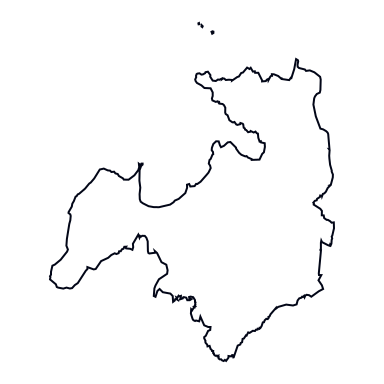 Musoma, Mara, United Republic of Tanzania (Equal Earth projection)
{"feature_id": "72390352B7456768278221", "entity_name": "Musoma", "entity_type": "district", "adm_level": 2, "iso_a3": "TZA", "parent_name": "United Republic of Tanzania", "parent_adm1": "Mara", "projection": "equal_earth", "projection_center": [33.547, -1.825], "detail": "fine", "context": "isolated", "style": "outline", "palette": "ink", "viewbox_px": 384, "rotation_deg": 0, "n_neighbors": 0, "source": "geoboundaries", "source_scale": "gbopen_adm2", "svg_char_len": 5990}
<svg xmlns="http://www.w3.org/2000/svg" viewBox="0 0 384 384"><path d="M334.0,228.3L333.8,222.4L331.6,222.7L330.1,221.2L327.9,219.9L326.7,219.9L324.2,218.1L323.7,215.4L321.8,215.3L321.9,210.9L320.3,208.8L313.7,204.6L313.9,203.5L313.3,202.7L314.9,200.8L316.7,200.3L317.1,198.8L319.9,197.0L320.2,195.5L321.9,195.8L322.0,196.3L322.9,193.9L324.3,193.4L325.9,191.7L327.7,188.0L330.2,185.5L329.8,185.3L330.8,184.9L332.8,177.4L332.9,174.5L331.7,171.6L331.8,170.8L330.1,164.8L329.4,158.6L329.2,155.7L329.6,150.1L329.2,149.5L329.5,149.6L328.2,134.1L327.6,132.6L326.2,131.2L323.2,129.4L320.4,128.6L315.8,116.3L313.4,104.6L314.2,98.3L315.0,96.4L316.8,94.0L319.8,92.6L320.4,90.0L320.7,79.5L320.1,76.8L314.4,72.3L309.8,70.4L306.0,70.9L304.9,69.5L299.0,68.0L297.7,66.8L297.5,65.0L298.2,61.3L297.9,60.2L296.1,59.1L294.2,69.2L291.4,78.0L290.9,77.7L289.2,80.1L281.6,79.0L281.6,78.3L280.6,78.1L278.2,76.0L273.9,74.3L271.9,74.2L272.0,75.7L271.4,75.6L270.3,76.7L268.4,80.3L268.2,79.0L266.8,79.7L265.8,81.1L262.1,81.4L262.2,80.6L258.3,72.8L255.1,72.8L254.8,71.3L252.9,71.6L250.7,67.8L249.5,69.0L247.1,67.6L243.0,72.5L241.2,73.0L238.9,76.5L237.3,77.0L232.2,80.5L232.3,80.0L229.0,79.7L225.8,80.0L224.3,78.6L223.0,78.5L221.9,79.3L222.0,78.5L219.2,79.8L218.0,79.5L215.8,81.0L212.7,80.6L210.2,76.7L210.4,75.1L207.9,71.7L205.5,72.2L205.1,73.2L202.9,74.4L201.4,74.6L199.5,73.3L197.4,73.6L196.6,74.1L196.0,75.9L196.2,77.2L195.2,79.4L195.6,81.0L196.9,82.9L201.5,85.4L204.4,88.0L210.6,88.3L212.7,92.4L212.7,96.0L211.9,98.5L212.4,100.4L215.8,101.9L217.7,101.3L218.6,102.7L219.2,102.3L219.4,103.6L222.6,104.0L224.0,105.2L225.3,107.7L225.2,112.6L225.7,114.0L227.6,115.3L229.4,120.2L232.4,122.3L233.4,122.4L234.1,121.9L234.0,121.3L236.2,124.4L237.3,124.9L240.1,124.2L240.4,123.0L242.6,123.7L243.2,124.3L243.7,127.7L244.8,128.4L245.1,129.6L246.3,130.1L248.1,132.2L250.3,131.7L250.6,131.0L253.7,132.5L255.5,131.6L256.7,133.2L257.9,133.6L258.3,137.8L259.6,141.6L260.8,141.2L261.0,142.4L264.7,143.2L264.9,146.9L263.9,152.3L262.2,153.9L259.5,159.6L251.7,159.9L251.7,159.1L247.9,157.5L246.6,156.1L245.3,156.4L241.4,154.8L239.1,152.8L236.1,148.6L236.0,147.6L230.4,142.0L227.7,142.4L224.0,145.8L221.0,147.2L219.9,145.2L218.7,141.4L216.1,141.3L213.3,144.0L211.9,147.8L211.7,150.2L213.0,152.0L213.2,154.2L212.5,154.6L210.7,158.9L209.5,160.0L208.8,163.6L210.1,165.6L210.7,168.1L208.5,172.6L206.4,175.1L200.6,181.7L197.3,184.0L196.1,183.9L194.6,186.1L190.3,186.5L189.2,184.0L187.0,184.7L187.1,187.8L185.3,193.1L178.7,198.9L174.8,200.6L173.6,202.2L170.1,204.6L159.0,207.2L153.6,207.1L148.6,206.2L142.9,203.3L140.7,201.7L140.3,200.7L139.8,199.2L139.6,194.1L140.3,187.7L139.4,180.7L139.6,170.2L141.1,166.0L142.6,164.6L142.6,163.6L141.4,163.6L140.5,165.1L138.9,163.8L139.2,167.1L138.3,170.1L134.4,175.3L128.6,179.7L123.8,179.6L122.9,178.3L118.9,176.0L117.7,174.0L115.4,173.4L114.1,171.7L111.4,172.0L110.0,170.6L107.8,170.4L103.8,168.6L99.8,169.5L94.2,178.5L90.8,182.5L89.2,183.6L85.1,188.6L79.1,193.8L77.7,194.4L76.6,196.2L75.6,196.6L73.8,201.2L72.3,203.7L71.8,206.6L68.6,212.1L68.5,213.0L70.3,214.4L70.7,215.9L70.3,220.3L69.3,223.9L66.9,238.9L66.4,245.7L67.9,249.5L67.1,251.6L60.7,259.7L54.8,264.6L52.4,265.7L51.0,271.8L51.0,274.7L50.0,276.3L50.4,277.0L50.0,279.4L55.9,284.3L56.8,287.0L58.1,287.6L63.3,288.6L66.5,287.6L69.9,288.5L72.1,288.1L74.8,285.1L77.8,283.1L85.8,270.7L87.4,269.1L87.4,267.1L93.7,269.4L95.7,269.0L101.1,261.1L108.2,257.8L111.3,255.0L114.7,253.3L116.4,254.0L118.6,253.2L119.1,251.3L120.8,251.2L121.9,249.3L123.4,248.8L124.3,246.8L126.0,246.7L125.4,247.5L126.1,248.4L130.2,248.8L132.4,249.8L133.2,247.2L132.9,243.8L138.3,234.6L139.5,237.7L140.1,236.0L140.9,236.7L142.2,235.8L144.8,235.9L146.4,237.8L147.7,241.3L147.9,251.1L148.4,253.0L149.3,253.5L155.4,252.7L154.9,251.1L157.1,253.1L161.5,262.2L166.3,264.7L167.6,270.3L167.1,273.8L158.9,279.3L155.5,285.5L154.4,288.4L153.8,296.0L155.5,296.8L157.4,291.0L159.6,289.0L162.8,292.2L170.4,293.6L172.7,296.0L173.1,301.8L174.7,300.6L175.3,299.1L176.1,298.9L177.4,299.7L176.5,297.4L177.3,297.8L178.6,295.7L179.4,296.4L180.9,295.9L180.8,297.7L180.1,299.3L182.8,298.4L183.1,297.4L183.8,297.1L186.3,297.7L187.3,300.2L189.7,300.2L191.4,299.1L189.3,298.4L189.1,297.0L190.6,296.6L193.2,297.2L195.0,300.1L195.0,302.1L195.5,302.4L195.1,304.2L195.4,304.7L194.9,305.5L195.4,306.3L194.2,306.6L194.7,307.0L194.6,307.5L193.9,307.5L191.4,311.5L191.6,309.6L191.2,309.2L190.9,313.6L192.6,319.0L193.4,320.2L195.1,321.0L196.0,320.5L199.2,321.3L200.4,316.6L204.2,325.3L208.2,327.0L210.5,327.0L210.2,330.0L208.1,330.9L205.8,335.8L204.2,337.1L204.2,338.3L205.5,340.9L205.3,341.9L205.7,343.0L207.2,344.6L207.5,346.4L209.6,345.9L210.6,349.0L211.7,349.9L212.0,351.0L213.2,351.0L213.1,353.0L213.9,353.4L213.9,354.5L215.4,355.8L216.9,355.6L217.3,356.3L218.3,355.8L218.1,356.8L218.7,357.0L218.6,358.5L219.8,359.4L221.1,359.3L222.1,360.4L223.7,361.0L224.9,359.9L226.1,360.9L228.5,357.6L228.5,356.0L231.1,356.4L231.9,355.2L232.6,355.1L233.3,357.4L233.7,357.3L237.7,345.6L240.3,344.5L240.7,343.0L242.1,342.2L242.6,338.9L243.9,338.5L246.0,335.3L246.6,335.6L248.2,332.4L249.6,332.9L252.8,330.8L255.0,331.0L255.9,329.7L257.5,329.6L257.7,328.7L259.3,328.9L259.6,327.8L260.4,328.0L261.6,326.1L262.8,322.4L264.0,322.2L264.7,320.3L266.3,318.8L267.7,319.1L268.7,317.8L268.4,317.0L269.6,316.3L270.5,314.3L276.0,307.9L276.1,308.5L278.2,306.9L286.2,304.6L293.0,305.5L296.6,304.4L297.6,300.5L299.3,298.3L301.0,297.9L302.1,296.7L302.8,297.1L304.1,295.8L304.6,297.2L305.3,295.6L306.6,294.8L309.1,295.2L311.3,296.7L318.9,291.2L323.1,289.0L321.9,285.3L318.5,280.3L321.3,275.1L319.0,275.0L318.8,273.5L321.0,250.0L320.4,249.8L320.9,248.6L320.9,242.8L321.3,240.6L322.0,242.1L327.8,245.1L329.7,245.8L330.1,244.5L330.7,245.3L331.4,243.7L331.7,239.7L332.2,238.6L331.7,236.5L332.3,235.6L334.0,228.3ZM212.2,33.7L213.4,33.0L213.4,31.6L212.5,31.3L211.5,31.8L212.2,33.7ZM202.3,27.1L202.7,26.2L201.7,25.2L201.5,26.5L202.3,27.1ZM199.3,24.2L199.0,23.0L198.4,23.3L198.6,24.3L199.3,24.2Z" fill="none" stroke="#020617" stroke-width="2"/></svg>